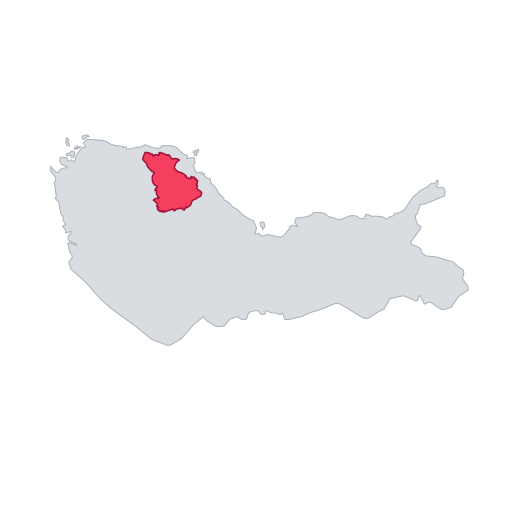 Southern Ostrobothnia highlighted on a map of Finland, rotated 97°
{"feature_id": "FIN-3183", "entity_name": "Southern Ostrobothnia", "entity_type": "Province", "adm_level": 1, "iso_a3": "FIN", "parent_name": "Finland", "parent_adm1": "", "projection": "orthographic", "projection_center": [23.15, 62.738], "detail": "fine", "context": "in_parent", "style": "filled", "palette": "rose", "viewbox_px": 512, "rotation_deg": 97, "n_neighbors": 0, "source": "natural_earth", "source_scale": "10m", "svg_char_len": 7241}
<svg xmlns="http://www.w3.org/2000/svg" viewBox="0 0 512 512"><g transform="rotate(97 256 256)"><path d="M213.5,220.8L211.6,213.1L209.1,206.5L206.4,204.8L205.5,202.2L205.0,196.9L205.5,192.7L208.2,188.7L208.6,183.2L210.1,178.9L209.3,176.1L204.9,168.2L204.2,165.6L204.0,161.3L206.3,157.3L205.6,153.4L201.1,151.9L201.3,149.5L202.5,145.4L201.8,142.0L201.8,134.6L203.9,131.3L201.3,128.7L198.9,124.0L196.8,123.7L195.5,118.7L191.7,114.1L178.6,107.6L170.7,100.3L166.6,94.5L162.7,91.1L162.5,88.0L158.5,85.5L159.3,84.2L162.5,84.2L165.1,85.6L166.1,84.0L165.1,79.5L165.3,78.4L168.4,76.0L173.2,76.2L183.4,93.7L185.0,99.4L195.1,101.3L196.2,102.7L198.9,102.4L204.7,99.7L206.9,95.8L209.1,96.1L223.6,104.3L225.8,102.3L226.9,97.1L228.0,94.7L229.5,92.9L232.8,91.8L235.2,87.4L235.0,75.3L236.0,71.7L237.8,59.8L241.9,54.2L244.7,48.5L247.7,47.6L253.3,48.4L259.6,42.3L263.8,41.2L272.0,50.5L283.1,55.9L286.7,63.8L285.7,67.2L280.8,76.7L280.8,79.1L283.2,83.0L275.4,88.5L276.1,89.8L280.5,90.1L281.2,91.8L277.7,103.7L277.7,105.7L282.1,117.8L292.8,122.2L296.2,127.4L304.6,137.5L304.4,142.5L295.2,162.4L293.2,167.8L293.2,171.1L301.2,185.4L305.7,195.7L310.4,203.0L314.9,215.3L315.5,219.6L309.3,222.7L311.3,224.8L310.2,228.9L310.5,234.6L309.1,238.5L309.6,239.5L312.8,240.0L313.3,242.4L313.2,244.0L310.2,247.2L310.2,250.1L312.4,255.1L314.1,256.6L319.4,257.7L320.2,259.0L320.7,262.6L318.7,266.5L318.9,267.9L321.8,274.2L329.2,278.9L330.4,282.7L330.7,285.4L330.6,287.8L326.2,297.4L322.5,300.7L331.5,309.4L347.1,320.0L354.6,329.7L355.5,332.6L352.4,346.3L351.0,350.2L340.8,366.3L326.3,392.3L318.6,403.9L303.0,421.7L291.7,437.7L285.1,441.1L279.6,438.2L277.0,439.1L274.5,441.5L266.1,444.4L265.7,442.0L267.1,435.4L266.3,435.6L265.0,438.7L264.4,442.3L262.8,444.1L259.3,445.0L255.7,442.3L254.1,442.5L256.0,446.7L255.9,447.9L254.1,447.8L250.3,451.2L249.4,451.3L248.1,448.6L244.1,451.8L240.2,452.4L237.9,454.8L226.5,458.4L223.3,462.4L221.2,461.5L208.2,464.9L202.8,464.1L196.9,470.0L192.3,470.8L197.1,464.7L197.3,462.6L194.8,461.5L193.0,459.4L191.3,454.7L190.4,454.5L188.8,460.3L185.7,462.3L181.9,462.2L181.4,459.7L182.1,457.3L181.5,456.9L182.1,455.0L184.1,454.9L184.6,453.9L184.6,452.8L183.0,451.7L184.6,447.6L177.8,446.6L169.6,442.1L168.7,438.4L164.7,441.0L161.1,438.1L160.6,436.4L160.0,422.6L160.4,418.8L162.6,414.2L163.4,409.6L163.5,401.1L164.6,401.1L163.4,398.2L165.3,397.6L165.6,396.6L161.5,383.0L159.1,379.8L161.3,370.1L161.1,367.9L160.8,365.1L157.8,362.0L156.9,353.3L157.9,348.4L164.1,339.8L164.5,336.3L167.8,336.2L166.4,333.0L166.0,329.2L170.9,327.9L172.6,329.1L176.9,327.8L180.7,325.1L179.3,319.7L181.2,319.5L180.6,318.3L180.8,316.9L182.2,317.5L184.7,313.8L184.8,311.0L189.0,309.5L193.8,303.8L198.1,300.7L202.6,294.9L204.5,294.6L205.4,290.7L210.3,284.8L212.0,280.1L216.6,274.6L220.9,265.2L221.3,262.6L228.1,258.9L234.2,259.7L234.0,257.4L233.0,256.0L235.5,253.5L234.8,249.8L233.3,247.9L234.4,233.9L232.5,231.1L225.4,226.6L222.5,226.2L220.8,222.6L221.5,218.4L217.8,221.7L213.5,220.8ZM175.1,448.5L179.8,448.6L181.0,450.8L178.9,452.1L178.7,453.9L179.8,456.5L177.7,456.5L176.3,453.5L174.0,451.4L175.1,448.5ZM226.3,254.5L223.7,256.0L221.5,255.2L221.4,252.5L225.1,250.6L228.9,252.5L227.0,253.0L226.3,254.5ZM160.3,326.0L160.1,328.3L162.7,326.7L163.7,327.4L163.6,329.4L162.7,329.0L160.5,331.2L158.6,329.2L157.4,325.9L160.3,326.0ZM161.3,440.9L161.0,442.9L158.2,442.9L157.1,441.0L156.5,437.7L157.7,436.3L158.3,438.1L161.3,440.9ZM172.3,449.2L170.8,449.4L168.8,447.3L168.5,446.5L169.3,446.0L169.0,443.6L170.6,445.0L171.5,446.5L170.6,446.8L172.3,449.2ZM168.9,457.4L166.7,458.8L166.0,458.4L166.2,456.0L167.5,454.9L169.6,454.8L168.9,457.4ZM164.6,458.6L162.7,459.0L161.6,457.8L163.4,455.9L164.7,456.1L165.0,457.3L164.6,458.6Z" fill="#d9dde1" stroke="#a8b0b8" stroke-width="1"/><path d="M206.6,322.2L206.9,323.2L207.4,324.0L207.9,324.8L208.5,325.5L209.1,326.0L209.8,326.3L213.1,327.0L214.4,328.0L216.1,330.0L216.5,330.7L216.1,331.0L215.9,331.3L215.7,331.6L216.5,331.6L219.2,332.9L218.9,333.9L218.5,334.7L218.1,335.2L217.4,335.4L217.7,336.5L217.8,336.6L218.0,336.5L218.1,336.8L218.1,337.2L218.1,337.7L218.2,338.2L218.3,338.7L218.6,339.1L218.9,339.4L219.0,339.9L219.0,340.7L219.4,341.3L219.8,341.4L220.4,341.6L220.9,342.2L221.1,342.8L220.9,343.4L219.7,343.6L219.4,343.7L219.4,344.5L220.7,346.4L222.2,349.9L222.9,350.9L223.3,351.4L223.5,352.0L222.6,353.1L222.4,353.4L222.5,353.8L223.1,353.8L223.6,353.7L223.8,353.8L223.8,354.1L223.7,354.2L223.3,354.2L223.3,354.3L223.4,354.6L223.5,355.0L223.5,355.4L223.1,355.5L223.0,355.9L223.0,356.1L223.1,356.3L222.8,356.2L222.8,356.4L222.8,356.6L222.9,356.8L222.8,357.3L222.7,357.9L222.5,358.2L222.5,358.3L222.6,358.6L222.4,358.8L222.1,358.9L221.9,359.0L221.5,359.3L221.1,359.7L220.8,359.6L220.8,359.4L220.6,359.1L220.3,359.0L220.1,359.0L219.9,358.8L219.0,359.2L219.0,359.6L219.2,360.1L219.0,360.6L218.6,360.6L217.0,360.1L216.5,360.2L216.0,360.6L215.3,361.4L213.7,363.5L213.1,364.6L211.7,363.5L211.2,362.8L210.8,361.5L210.9,361.1L210.9,360.7L210.9,360.2L210.7,359.8L210.4,359.7L210.2,360.0L209.9,360.4L209.7,360.5L209.6,359.5L209.3,359.6L209.2,359.7L209.1,360.0L208.9,360.5L208.5,360.7L207.9,361.1L206.9,362.1L206.1,362.5L203.6,362.7L203.1,362.8L203.2,363.0L203.3,363.5L203.3,364.2L203.1,364.3L202.9,364.2L201.5,364.1L201.1,363.8L200.5,362.8L200.3,362.5L199.5,362.4L198.9,362.9L198.1,364.8L196.6,366.6L194.5,367.8L192.3,368.4L190.2,368.6L187.6,368.0L185.9,367.2L185.3,367.3L185.0,368.6L184.8,369.4L184.5,370.0L183.7,371.0L181.7,373.2L181.3,373.7L180.4,374.7L178.3,375.6L177.2,376.3L174.9,379.3L174.0,380.0L172.4,380.3L166.8,378.7L166.7,378.5L166.7,378.3L166.6,378.1L166.6,377.4L166.7,375.0L167.0,373.6L167.9,373.5L168.0,373.0L167.8,372.4L167.5,372.0L167.5,371.4L167.8,371.0L168.4,370.7L169.2,370.5L169.3,370.0L169.2,369.7L168.8,369.2L168.3,368.9L167.9,368.9L167.7,368.3L167.7,367.9L167.7,367.0L167.6,366.4L167.5,366.0L167.5,365.6L167.9,365.5L167.8,364.9L167.6,364.6L166.9,364.3L165.4,364.7L165.4,364.1L165.1,364.0L165.0,363.9L164.9,363.7L165.1,363.3L165.2,363.0L165.3,362.4L165.3,361.6L165.3,361.3L165.4,360.5L166.1,358.8L166.5,357.5L166.6,356.8L166.7,356.2L166.4,356.2L166.3,355.9L166.3,355.1L166.3,354.5L167.2,353.8L168.3,352.8L169.8,351.1L170.0,350.2L169.8,350.0L169.4,349.3L169.2,348.9L169.1,347.9L169.1,347.3L169.2,345.8L169.5,345.1L169.8,344.5L169.9,344.0L170.4,343.9L171.9,345.7L172.7,346.3L174.1,347.0L177.7,347.9L178.4,347.8L179.0,347.4L179.8,346.7L181.5,344.3L181.8,344.0L182.0,343.2L182.0,342.2L182.4,341.0L182.4,340.6L182.5,339.9L183.9,336.9L184.2,336.4L184.6,336.1L185.0,335.9L184.8,335.7L184.7,335.5L184.9,335.1L185.6,334.8L185.8,334.8L186.2,334.9L186.5,334.7L186.7,333.7L186.7,333.2L186.8,332.7L187.0,332.5L187.3,332.4L187.3,332.1L187.3,330.9L187.1,330.2L185.9,330.3L185.7,330.4L185.6,330.2L185.9,329.3L185.8,329.1L185.6,329.1L185.4,329.2L185.6,328.7L185.9,328.3L185.9,328.0L185.8,327.9L185.3,327.8L185.3,327.2L185.5,326.8L186.1,326.2L187.1,325.8L187.3,325.7L186.9,324.9L187.1,324.7L188.8,323.7L188.5,323.2L189.1,323.2L190.9,323.3L192.1,323.7L192.6,324.0L193.0,323.8L193.0,323.1L193.2,322.7L193.7,322.6L195.7,323.1L196.4,322.8L197.2,321.7L198.4,319.2L199.0,318.3L200.0,317.7L200.8,317.6L201.9,317.8L202.9,318.1L203.7,318.7L204.0,319.1L204.6,320.2L204.9,320.8L205.7,321.5L206.6,322.2Z" fill="#f43f5e" stroke="#9f1239" stroke-width="1.5"/></g></svg>